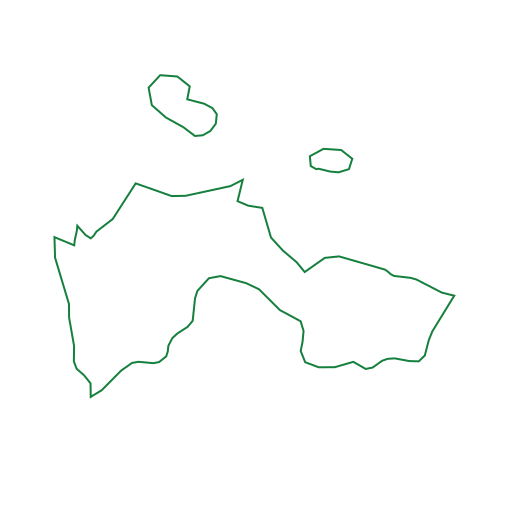 Nueva Esparta, Robinson projection, rotated 189°
{"feature_id": "VEN-48", "entity_name": "Nueva Esparta", "entity_type": "State", "adm_level": 1, "iso_a3": "VEN", "parent_name": "Venezuela", "parent_adm1": "", "projection": "robinson", "projection_center": [-64.068, 10.956], "detail": "fine", "context": "isolated", "style": "outline", "palette": "green", "viewbox_px": 512, "rotation_deg": 189, "n_neighbors": 0, "source": "natural_earth", "source_scale": "10m", "svg_char_len": 1441}
<svg xmlns="http://www.w3.org/2000/svg" viewBox="0 0 512 512"><g transform="rotate(189 256 256)"><path d="M419.4,123.4L421.6,138.6L431.0,166.1L433.2,179.3L454.2,222.9L458.0,243.1L437.2,238.1L437.5,243.0L436.9,253.1L437.2,257.9L427.7,250.1L422.0,247.6L419.5,250.6L417.4,255.2L403.3,270.1L386.2,308.9L348.7,302.0L335.1,304.4L292.1,321.1L281.0,329.2L282.8,307.3L271.6,304.5L257.3,304.5L244.1,276.6L230.2,265.5L215.0,256.3L205.4,247.8L187.8,264.9L173.9,268.6L126.3,262.7L123.0,261.0L120.3,259.2L116.6,257.9L99.9,258.6L94.0,257.9L66.7,248.9L54.0,247.8L70.1,209.0L72.2,199.8L73.7,184.1L78.8,177.4L88.2,176.2L102.9,176.6L110.0,175.0L115.1,172.2L123.3,164.1L130.0,161.6L143.3,166.7L160.8,158.5L176.7,155.9L190.8,158.8L197.0,169.2L196.6,178.5L197.3,189.4L201.7,198.5L223.9,206.3L247.8,223.6L261.4,227.6L287.9,230.6L299.0,226.7L308.4,212.4L309.6,204.7L308.4,182.1L312.4,175.4L321.8,166.9L325.8,161.8L328.5,153.7L328.2,148.0L329.0,142.8L335.1,136.1L340.6,134.1L355.6,133.1L361.7,131.0L371.2,121.8L387.4,99.3L397.2,91.0L399.5,104.3L407.3,111.4L415.5,116.5L419.4,123.4ZM335.1,365.0L348.0,371.9L366.5,378.6L382.5,388.7L388.4,405.5L378.9,419.6L361.8,421.0L348.0,413.2L348.4,400.0L331.0,398.3L322.1,395.2L316.9,389.9L316.4,380.4L320.6,372.4L327.5,366.9L335.1,365.0ZM210.1,351.2L216.0,353.4L218.4,363.0L206.1,372.4L188.5,374.0L176.1,367.1L177.8,356.3L187.5,351.6L196.0,351.0L207.8,352.0L210.1,351.2Z" fill="none" stroke="#15803d" stroke-width="2"/></g></svg>